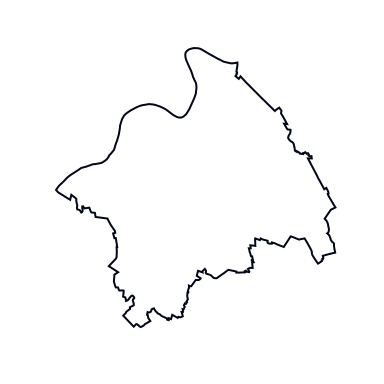 Thuan Thanh, Bắc Ninh, Vietnam (Equal Earth projection), rotated 330°
{"feature_id": "81297802B75512670100174", "entity_name": "Thuan Thanh", "entity_type": "district", "adm_level": 2, "iso_a3": "VNM", "parent_name": "Vietnam", "parent_adm1": "Bắc Ninh", "projection": "equal_earth", "projection_center": [106.073, 21.039], "detail": "fine", "context": "isolated", "style": "outline", "palette": "ink", "viewbox_px": 384, "rotation_deg": 330, "n_neighbors": 0, "source": "geoboundaries", "source_scale": "gbopen_adm2", "svg_char_len": 5932}
<svg xmlns="http://www.w3.org/2000/svg" viewBox="0 0 384 384"><g transform="rotate(330 192 192)"><path d="M303.3,276.8L308.5,277.1L308.4,274.1L308.3,264.3L308.4,263.0L308.6,261.5L309.5,261.6L310.0,260.4L310.2,259.2L310.4,255.6L307.9,255.8L308.2,245.3L308.1,244.1L308.5,239.6L308.7,233.8L309.2,220.9L312.5,222.8L313.4,220.7L312.3,220.1L311.5,219.5L311.1,218.7L311.2,218.3L311.9,218.1L311.9,216.4L310.4,216.2L310.1,214.2L309.7,214.1L309.2,214.4L308.6,214.4L307.8,213.8L307.2,214.7L304.5,212.6L304.8,211.9L303.6,209.6L303.3,209.6L302.9,209.8L302.3,208.8L302.6,208.3L301.8,207.6L302.7,205.6L303.5,203.1L303.9,202.1L304.1,200.7L303.9,199.1L303.7,198.6L303.3,198.2L302.8,197.3L302.5,196.4L302.2,194.5L302.2,193.5L302.5,192.9L303.5,191.9L304.2,191.3L306.0,190.5L307.7,188.7L308.1,187.9L308.4,187.4L308.2,187.2L306.0,185.5L305.9,185.2L305.9,183.8L305.9,183.2L305.9,178.9L308.3,180.7L308.5,172.0L308.4,168.8L308.6,168.2L308.8,167.8L309.8,166.8L310.1,166.4L310.1,166.0L309.7,162.6L308.8,162.6L305.6,162.9L304.3,163.3L298.7,143.3L294.2,126.2L293.8,124.9L292.6,119.6L291.8,116.1L289.1,117.4L288.2,114.9L287.6,113.4L289.9,112.3L289.9,111.5L290.5,111.3L290.8,111.1L290.9,110.9L290.7,109.9L291.3,109.1L292.5,107.7L294.5,105.3L296.0,102.6L291.5,100.9L290.5,100.3L289.5,99.6L284.6,95.0L283.0,92.6L282.5,91.6L280.9,89.4L279.2,86.5L276.0,81.2L271.6,73.4L270.9,72.3L269.1,70.5L267.7,69.6L265.4,68.2L262.8,67.4L261.6,67.2L260.4,67.0L258.6,67.2L257.1,67.6L256.6,67.9L255.8,68.5L255.2,69.2L254.2,71.0L253.5,72.7L253.0,74.8L252.4,79.9L251.8,86.6L251.0,90.7L250.5,92.7L250.1,96.1L250.0,98.7L249.7,100.2L249.2,101.5L247.9,104.1L244.3,108.9L240.1,112.5L239.7,112.7L231.0,119.0L228.0,120.6L225.8,121.7L223.0,122.3L221.1,122.4L220.2,122.2L219.7,122.0L218.6,121.4L217.8,120.9L217.3,120.4L216.7,119.8L214.6,116.6L213.9,115.1L211.1,108.4L209.7,105.8L208.5,104.0L206.9,101.8L203.7,98.2L202.3,96.9L198.8,94.4L194.0,92.6L192.1,91.9L190.3,91.5L187.4,91.0L184.2,90.8L179.0,90.7L173.6,91.2L171.1,92.0L167.9,93.9L164.6,96.9L162.8,98.7L161.5,100.6L158.4,104.4L157.1,105.9L152.8,110.0L149.6,112.6L147.3,114.9L145.4,116.5L145.0,116.8L143.4,117.3L141.1,118.2L140.1,118.5L139.2,118.6L136.2,120.4L134.5,121.1L132.4,121.4L129.5,121.6L127.9,121.5L126.5,121.0L121.8,119.3L120.6,118.6L119.4,118.3L114.9,117.5L112.5,117.0L108.1,115.8L104.5,116.1L95.8,116.5L91.8,117.0L85.9,118.7L80.0,120.1L75.3,122.2L75.9,125.4L78.7,130.6L81.8,136.5L82.6,137.8L86.1,134.1L88.0,138.8L88.4,140.1L87.4,141.7L86.4,144.5L86.1,145.9L85.9,146.3L84.5,148.1L84.2,148.7L83.9,149.7L85.1,150.8L85.6,151.4L85.8,152.3L85.8,154.4L86.1,154.5L86.6,154.5L87.6,153.9L87.9,153.4L88.4,152.7L88.7,151.6L89.2,150.5L89.6,149.9L89.8,149.6L90.3,149.8L90.6,150.0L90.6,151.9L90.7,152.4L95.2,154.2L94.5,158.9L94.6,159.2L94.8,159.5L97.5,161.5L97.4,161.8L96.0,165.4L105.5,172.7L105.2,178.2L105.2,180.2L105.6,185.3L105.8,186.8L105.1,189.0L103.0,188.4L101.7,193.2L103.0,193.8L99.7,202.3L99.2,202.0L96.9,206.3L94.0,210.9L93.1,211.5L92.2,211.9L82.9,214.6L87.9,224.5L83.5,224.8L79.7,230.3L79.4,231.1L78.3,236.1L78.3,236.5L80.2,237.7L79.7,240.3L79.7,240.7L79.8,241.0L83.3,242.9L83.5,243.2L83.5,243.4L80.0,248.2L81.6,250.0L80.4,253.4L82.1,253.6L82.8,253.5L84.1,252.9L84.5,252.7L87.5,251.7L88.1,251.7L88.6,251.9L88.9,252.4L89.1,252.9L89.2,254.3L89.0,254.9L88.7,255.2L87.7,255.3L86.8,255.9L86.4,256.7L86.2,257.4L85.8,259.4L85.3,260.3L85.1,260.8L84.6,261.0L80.8,260.7L80.5,260.8L80.3,261.5L79.8,262.3L77.9,262.5L75.2,262.9L74.0,263.8L71.8,264.3L70.6,264.7L74.2,279.5L77.6,278.5L78.5,279.3L78.7,280.2L79.1,280.8L79.2,282.0L80.2,283.4L82.7,283.5L83.9,283.4L85.2,282.9L91.4,282.9L91.1,279.3L91.6,278.0L92.1,276.4L91.6,276.1L91.7,275.8L93.5,273.8L94.4,274.8L95.4,275.0L96.3,275.1L97.2,274.6L98.0,273.8L98.5,273.5L99.3,273.4L100.1,273.7L100.8,273.7L100.8,276.1L100.9,276.9L101.7,280.1L103.0,281.8L103.2,282.6L103.4,283.5L103.9,284.4L104.6,285.5L107.2,289.0L106.6,290.0L107.4,291.1L107.8,291.3L108.8,289.7L110.3,291.6L113.5,288.5L116.7,293.9L117.8,293.3L119.4,294.8L119.7,294.9L121.9,295.0L123.0,290.7L124.0,291.5L124.5,291.1L125.3,288.8L126.0,289.4L128.3,287.8L128.3,286.2L128.6,285.9L130.3,284.9L130.8,285.8L132.6,284.9L132.5,284.0L134.8,282.9L135.7,279.9L137.5,277.2L138.2,277.4L138.9,276.7L138.6,276.1L141.1,273.6L141.5,273.6L142.5,271.6L142.9,272.3L144.2,273.2L151.4,270.0L152.4,270.8L153.5,271.4L154.2,271.6L155.3,271.5L156.0,271.4L156.3,271.0L156.2,270.8L154.2,267.0L157.8,263.3L161.0,266.9L161.3,266.0L161.6,265.8L162.1,265.7L164.7,265.0L164.8,266.6L164.7,267.3L164.2,268.1L163.5,268.8L163.5,269.0L163.5,269.5L163.6,269.9L164.0,270.4L165.7,272.2L166.6,273.4L167.0,274.5L167.6,276.7L167.9,277.3L169.4,278.6L170.4,279.0L175.5,278.5L178.6,278.3L182.2,277.8L184.6,277.6L190.7,283.1L190.1,284.0L192.9,285.6L195.6,286.9L197.4,288.0L197.8,288.1L198.2,286.9L199.3,287.0L199.4,288.3L201.2,289.8L201.4,289.1L201.8,289.2L202.0,286.6L203.4,286.6L204.6,286.9L206.6,288.1L208.8,283.2L210.3,283.7L210.4,282.5L209.4,281.4L209.8,280.7L210.9,281.0L211.9,277.8L211.0,277.1L212.4,271.4L213.0,269.8L213.1,269.2L214.7,270.1L215.9,267.3L219.9,270.3L221.4,267.6L223.1,264.3L223.6,263.8L226.7,267.6L228.3,266.6L229.5,268.5L231.7,270.6L233.1,272.1L232.1,273.6L232.3,274.2L232.8,275.1L235.4,276.7L236.1,275.7L238.5,278.3L239.3,279.7L242.2,283.3L244.0,285.5L248.1,283.4L255.2,279.8L257.1,281.8L260.6,286.4L261.2,286.9L262.0,287.0L266.3,288.5L266.4,293.8L266.3,299.1L266.2,302.3L266.0,303.3L265.0,305.4L264.8,306.3L264.7,307.8L264.8,309.9L265.0,313.6L265.3,317.0L266.7,317.0L269.8,316.8L270.1,316.0L271.4,315.9L271.6,314.9L272.6,315.0L273.0,314.0L273.4,312.7L279.4,314.2L285.7,316.1L286.1,314.8L287.1,311.9L288.2,309.3L289.1,307.8L289.2,307.4L289.1,306.7L288.4,305.1L288.3,304.0L288.3,302.9L288.7,301.4L289.2,298.5L289.1,297.6L288.4,295.4L289.7,295.2L290.3,294.8L290.9,294.2L291.5,293.5L292.0,292.6L292.3,291.9L292.7,290.6L293.0,289.5L293.6,288.1L293.9,286.8L294.0,285.9L294.1,284.2L293.5,281.5L303.3,276.8Z" fill="none" stroke="#020617" stroke-width="2"/></g></svg>